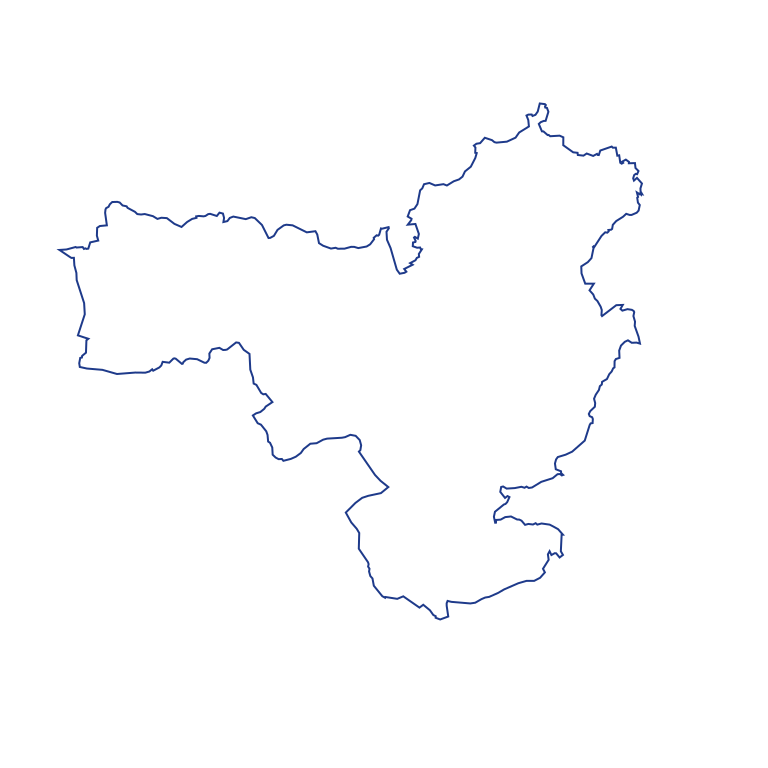 outline of Nuseni, Bistrita-Nasaud, Romania, rotated 78°
{"feature_id": "2599482B99213724213185", "entity_name": "Nuseni", "entity_type": "district", "adm_level": 2, "iso_a3": "ROU", "parent_name": "Romania", "parent_adm1": "Bistrita-Nasaud", "projection": "orthographic", "projection_center": [24.151, 47.079], "detail": "fine", "context": "isolated", "style": "outline", "palette": "blue", "viewbox_px": 768, "rotation_deg": 78, "n_neighbors": 0, "source": "geoboundaries", "source_scale": "gbopen_adm2", "svg_char_len": 6140}
<svg xmlns="http://www.w3.org/2000/svg" viewBox="0 0 768 768"><g transform="rotate(78 384 384)"><path d="M438.2,498.4L437.9,490.7L436.8,485.4L434.2,479.7L430.9,476.1L427.1,468.5L427.9,462.2L425.8,455.1L425.6,451.0L427.8,436.4L427.9,433.1L426.7,427.5L428.8,422.5L433.8,419.4L439.2,419.1L443.8,420.9L444.9,422.6L471.1,411.7L478.0,407.5L485.7,401.2L490.1,409.7L490.1,422.6L490.8,429.0L494.4,436.7L501.8,448.1L512.6,444.8L519.9,440.8L524.6,439.2L539.9,442.9L555.0,436.7L557.0,436.5L559.3,437.5L561.7,436.6L564.3,437.6L569.0,437.3L571.8,435.7L579.2,435.9L591.2,429.8L593.3,427.4L592.6,427.0L596.9,415.7L595.7,409.3L610.1,395.8L608.1,391.5L614.9,386.1L620.2,383.8L621.9,381.7L623.4,382.1L626.0,378.0L624.8,369.5L614.0,368.8L611.5,368.3L609.4,366.9L611.1,363.4L616.6,345.2L616.9,340.2L614.7,333.4L613.9,329.4L614.1,325.4L612.1,315.9L609.9,309.2L606.8,294.0L606.2,285.5L607.8,278.1L606.0,271.6L601.7,265.8L597.8,266.9L590.2,259.5L584.7,259.1L582.0,256.8L586.1,255.8L585.0,252.2L585.4,250.8L590.2,248.3L588.4,244.5L584.4,245.8L568.4,241.6L568.6,240.3L562.2,243.9L558.7,247.9L556.0,251.2L553.2,258.9L553.4,263.3L551.7,264.6L552.4,267.5L550.9,271.9L551.1,275.3L546.3,277.9L544.8,279.8L544.2,282.0L540.0,287.3L539.4,293.1L540.9,298.1L540.3,302.6L542.9,303.3L542.8,304.1L536.7,304.1L532.0,302.0L526.8,291.8L526.6,290.1L525.2,288.1L520.7,284.8L519.3,286.5L520.6,289.3L513.7,292.7L509.1,290.8L509.0,288.8L511.8,285.8L513.0,277.7L513.1,271.0L514.7,268.1L514.0,265.9L515.8,264.0L516.0,260.7L512.4,250.5L511.2,238.6L508.3,233.0L508.7,230.5L510.4,229.1L510.2,227.7L508.0,229.3L506.2,229.0L503.1,233.7L497.3,233.3L493.6,231.4L491.6,229.2L490.9,221.0L489.3,214.0L481.1,199.4L466.8,191.3L465.5,190.1L465.6,188.1L461.7,187.0L459.8,187.3L458.2,189.5L455.9,189.9L453.4,187.9L450.1,182.5L446.6,181.4L442.1,181.6L438.5,179.1L434.5,175.0L431.0,173.3L429.8,171.1L427.2,170.2L425.5,164.9L421.2,161.6L419.1,158.7L416.3,156.6L415.7,155.1L409.6,153.7L407.8,152.0L407.4,148.2L400.2,147.0L395.7,144.2L392.8,139.7L392.0,136.3L395.2,133.1L396.0,128.4L397.7,125.2L390.6,125.2L379.3,126.7L375.2,125.5L369.4,125.9L365.7,124.3L364.5,124.6L363.0,126.1L361.4,130.3L361.8,135.6L359.7,137.1L356.3,134.0L355.2,140.4L362.9,156.6L361.9,157.0L356.9,155.6L353.4,156.0L347.2,158.0L344.3,160.0L340.0,160.7L335.1,163.5L329.5,157.9L327.7,166.3L316.9,167.8L310.0,166.6L307.2,159.3L304.0,154.9L294.4,150.7L293.4,151.1L292.9,150.3L293.7,149.8L284.4,140.5L281.6,136.1L282.4,134.1L281.4,132.5L280.0,132.5L280.3,129.8L279.7,128.6L275.9,127.1L272.9,123.0L270.1,115.4L267.9,111.7L269.7,108.6L270.1,106.7L269.0,101.2L267.3,98.9L262.1,96.6L259.4,97.9L254.5,97.6L253.9,96.6L249.2,96.8L251.5,94.5L250.8,93.9L252.4,93.0L251.7,92.6L252.0,92.0L249.0,93.0L246.0,92.5L241.5,90.0L235.0,93.7L237.0,97.2L234.6,97.5L231.7,95.9L230.8,94.1L231.4,92.8L228.6,90.8L225.0,93.1L220.1,92.6L219.0,98.6L217.7,98.2L214.8,100.8L216.0,104.7L217.4,104.1L217.9,105.7L216.7,106.9L209.2,106.4L209.2,108.3L201.0,108.1L200.4,111.1L199.1,111.9L200.6,123.9L204.7,126.3L204.4,127.3L203.2,127.8L204.4,132.0L200.7,137.8L202.1,141.4L200.3,146.8L198.1,146.6L196.7,150.8L187.7,159.0L180.0,157.3L177.6,160.6L176.2,169.9L174.6,171.2L174.5,172.2L170.1,175.5L169.7,177.0L161.8,178.5L160.5,176.3L159.9,173.1L160.2,171.2L151.9,166.6L147.8,167.2L147.1,168.8L146.0,168.8L144.8,167.7L143.7,168.4L142.0,173.3L149.5,177.0L152.2,179.9L152.7,183.0L151.1,183.5L150.5,186.8L151.0,188.8L155.8,188.0L162.2,188.7L166.1,199.5L170.4,204.1L172.5,213.4L171.3,223.8L170.4,225.7L167.9,227.7L164.1,234.2L168.4,239.9L168.2,243.6L169.5,246.5L171.7,245.4L176.8,246.7L177.4,245.3L181.9,247.7L189.5,253.9L192.9,260.6L197.5,264.1L199.5,268.1L200.2,273.6L202.9,281.2L200.9,284.3L200.4,292.7L196.8,297.8L196.9,303.3L200.6,305.9L202.1,308.4L215.0,313.9L218.8,317.8L219.4,322.4L225.1,326.0L228.1,322.7L229.4,323.3L233.1,327.6L234.0,320.0L244.5,318.7L248.8,320.7L246.5,323.2L247.0,324.2L250.7,323.3L251.6,323.8L251.6,326.2L255.2,327.2L257.6,323.3L258.0,320.3L259.6,320.0L260.1,318.9L264.1,322.9L266.9,323.2L267.5,325.7L269.5,327.5L271.2,333.3L273.3,331.2L275.7,340.3L278.8,338.8L279.5,340.8L279.4,345.7L274.8,347.7L252.4,349.3L243.5,351.1L235.6,349.9L232.7,346.9L231.5,346.9L231.7,353.7L231.2,354.6L237.0,357.7L237.7,358.9L237.0,360.3L238.9,363.7L240.3,363.6L244.5,368.5L245.9,372.4L245.7,380.9L243.7,384.6L243.0,387.6L243.4,394.4L242.1,401.0L240.7,403.0L240.5,407.7L236.1,414.8L232.7,418.3L223.9,418.2L220.3,419.3L219.6,428.0L209.8,440.4L207.9,446.4L208.0,449.1L211.1,456.1L216.2,460.9L217.4,464.9L217.2,466.6L203.1,470.3L194.8,475.9L193.3,479.1L194.0,484.9L188.9,496.6L189.5,500.3L192.1,503.3L192.2,507.4L188.3,505.9L183.8,506.1L182.2,509.3L184.9,512.6L181.4,518.7L181.3,520.7L182.5,523.7L182.5,525.6L181.1,530.2L181.0,532.9L182.5,532.9L182.6,537.3L184.6,542.9L188.3,549.4L183.8,555.7L176.6,561.9L175.1,567.2L175.4,571.3L171.8,575.1L168.0,582.7L167.7,586.4L166.5,590.0L163.8,591.8L158.4,598.2L156.7,598.8L155.0,602.6L151.5,604.8L150.4,607.0L149.5,612.0L151.2,614.8L153.4,616.6L154.2,619.2L155.3,620.1L158.6,621.2L171.2,622.1L170.4,629.1L171.6,632.1L179.2,634.0L184.3,633.7L184.4,641.9L190.1,645.1L190.0,646.9L189.2,648.0L189.5,649.4L187.4,650.3L186.6,656.4L185.9,657.1L186.4,666.6L185.4,673.6L194.7,664.6L195.7,663.5L196.1,661.1L203.6,662.2L211.4,661.8L218.5,663.0L242.5,660.5L253.6,662.2L272.8,673.3L278.3,663.8L279.4,666.0L291.4,669.0L293.7,673.4L295.3,674.0L295.3,675.7L300.3,677.8L304.1,678.0L307.1,671.4L311.6,656.5L318.7,643.1L321.1,624.9L323.3,615.1L323.0,610.9L321.4,607.7L323.0,607.0L321.1,600.3L319.6,598.0L316.3,595.9L318.5,589.6L315.4,584.8L315.3,583.8L315.9,582.5L322.3,577.5L322.3,576.7L320.9,575.7L319.0,572.5L318.7,568.7L320.9,561.6L325.8,555.3L326.3,553.5L324.7,551.0L322.2,549.2L317.9,548.5L314.3,544.9L314.4,537.5L317.3,534.3L317.7,531.7L317.6,530.2L312.6,520.0L313.6,517.3L321.4,514.1L326.6,509.3L342.2,511.8L350.3,510.8L356.5,511.4L358.3,509.0L367.2,506.0L369.0,504.2L369.1,501.8L378.5,496.9L381.5,504.4L383.4,506.3L385.7,510.8L386.1,515.2L387.5,518.8L396.1,515.7L398.2,512.8L405.8,509.0L409.6,508.5L416.2,509.3L417.8,507.7L422.9,506.5L430.0,507.6L433.4,505.3L435.6,502.7L436.1,499.5L438.2,498.4Z" fill="none" stroke="#1e3a8a" stroke-width="2"/></g></svg>